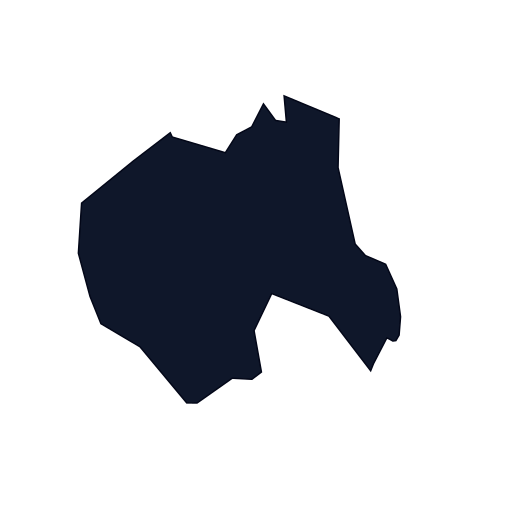 Bridgend, Equal Earth projection, rotated 224°
{"feature_id": "GBR-2112", "entity_name": "Bridgend", "entity_type": "Unitary Authority (wales)", "adm_level": 1, "iso_a3": "GBR", "parent_name": "United Kingdom", "parent_adm1": "", "projection": "equal_earth", "projection_center": [-3.617, 51.531], "detail": "fine", "context": "isolated", "style": "filled", "palette": "ink", "viewbox_px": 512, "rotation_deg": 224, "n_neighbors": 0, "source": "natural_earth", "source_scale": "10m", "svg_char_len": 645}
<svg xmlns="http://www.w3.org/2000/svg" viewBox="0 0 512 512"><g transform="rotate(224 256 256)"><path d="M291.4,412.4L258.4,376.6L193.0,333.5L177.6,332.3L157.0,340.1L131.8,330.1L109.8,312.7L98.1,298.5L96.6,292.3L98.5,289.9L102.0,289.0L105.0,288.0L96.7,260.2L93.8,253.1L161.8,263.4L218.6,239.9L205.6,201.0L171.5,176.3L173.3,164.5L188.2,151.6L196.3,109.3L203.8,102.2L276.4,110.1L320.5,99.6L347.3,111.6L385.7,134.6L418.2,172.9L410.2,239.4L403.3,285.1L398.9,283.4L349.8,309.0L354.1,329.8L348.8,345.9L356.3,370.6L336.1,367.1L327.1,373.4L347.0,390.7L294.1,411.4L292.5,411.9L291.4,412.4Z" fill="#0f172a" stroke="#020617" stroke-width="1.5"/></g></svg>